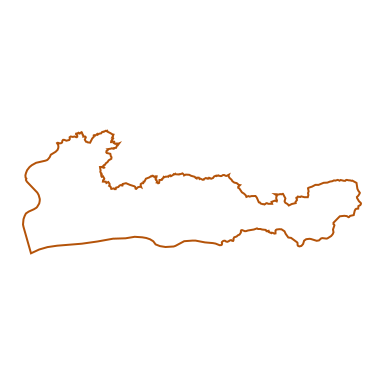 the district of Shannon Lea-7, Clare, Ireland
{"feature_id": "5873133B70608760855162", "entity_name": "Shannon Lea-7", "entity_type": "district", "adm_level": 2, "iso_a3": "IRL", "parent_name": "Ireland", "parent_adm1": "Clare", "projection": "natural_earth1", "projection_center": [-8.747, 52.732], "detail": "fine", "context": "isolated", "style": "outline", "palette": "amber", "viewbox_px": 384, "rotation_deg": 0, "n_neighbors": 0, "source": "geoboundaries", "source_scale": "gbopen_adm2", "svg_char_len": 6035}
<svg xmlns="http://www.w3.org/2000/svg" viewBox="0 0 384 384"><path d="M301.4,245.9L303.1,244.0L304.1,240.7L306.2,239.2L309.5,238.8L310.9,239.0L316.7,240.8L319.0,240.4L321.0,238.5L322.3,238.1L326.4,238.6L327.4,238.4L331.2,236.0L332.7,234.2L333.5,232.3L333.0,229.5L334.4,225.4L334.2,224.7L333.5,224.2L333.5,222.7L339.8,216.3L344.3,215.8L346.8,216.1L348.5,217.2L349.1,217.0L350.1,215.9L353.7,215.1L354.7,210.8L355.4,209.4L356.2,208.8L358.2,208.6L358.4,206.1L360.3,205.1L361.0,203.8L360.7,202.8L359.0,201.3L357.0,197.9L356.9,197.0L358.3,195.7L359.7,193.4L359.8,192.7L358.3,190.7L357.4,188.8L356.5,182.9L352.3,180.6L351.7,180.8L349.8,180.3L349.1,180.4L346.8,179.9L346.1,180.0L345.3,180.8L343.9,180.8L340.6,180.0L339.6,180.7L337.8,179.9L335.3,180.6L334.0,180.4L332.3,181.2L329.9,181.6L327.4,182.6L323.6,182.8L318.5,184.9L315.3,184.9L312.1,186.6L309.0,187.6L308.0,188.2L308.6,191.4L308.0,193.1L308.4,195.0L307.8,197.2L304.4,197.2L301.2,196.4L300.3,197.0L297.8,196.6L297.4,197.6L296.5,197.6L296.3,197.9L297.0,200.0L295.5,202.0L295.7,203.1L291.8,204.0L288.8,205.5L287.6,204.1L285.4,202.8L284.7,201.7L284.6,201.1L285.4,198.4L283.0,193.9L282.4,193.9L281.4,194.3L280.2,194.1L278.2,194.6L277.0,194.3L274.9,194.2L276.1,195.0L276.8,196.0L276.4,196.6L276.2,198.3L277.0,200.6L276.7,201.4L275.0,200.6L271.5,201.9L272.1,203.8L268.2,203.8L267.0,203.2L266.3,203.2L265.2,204.1L264.3,204.5L263.9,204.1L262.5,204.1L260.6,203.5L259.8,202.4L258.8,202.3L256.8,197.6L255.5,196.0L251.4,196.1L249.7,196.6L248.3,196.1L246.4,196.9L245.8,195.4L244.1,193.7L241.9,192.3L239.4,188.5L238.2,187.8L238.2,186.8L240.0,185.1L238.7,184.8L236.7,183.1L234.3,182.6L232.4,181.2L231.5,179.7L229.5,177.9L228.7,176.5L228.5,175.7L228.9,174.7L226.6,175.9L225.7,175.8L224.1,175.0L222.9,175.1L221.5,176.0L220.9,176.1L219.2,175.8L218.5,175.4L217.8,175.8L217.0,175.5L216.3,176.1L215.7,175.8L214.1,176.5L213.0,178.0L211.3,178.7L210.4,178.5L210.2,178.2L209.1,177.8L208.8,178.4L208.1,178.3L208.0,178.7L207.4,178.7L205.9,178.0L203.9,179.1L203.8,179.6L202.8,179.8L200.0,178.5L199.5,178.9L198.8,177.7L197.0,177.7L196.7,178.5L195.6,177.9L194.7,176.8L191.1,175.8L189.2,174.8L185.8,174.6L184.1,175.4L183.9,174.7L182.5,173.4L180.5,174.1L179.3,174.1L179.0,174.5L175.2,174.2L175.1,173.9L174.4,174.4L173.8,174.1L173.0,175.0L170.9,176.2L170.2,175.4L169.8,175.7L169.3,175.6L168.4,176.6L168.1,176.3L166.8,176.7L165.5,176.7L164.2,177.3L163.7,176.9L162.6,178.8L162.1,178.9L161.8,179.9L159.5,180.0L159.1,182.9L158.1,183.3L157.4,182.6L156.7,182.5L157.0,181.5L156.5,180.1L156.0,180.0L155.5,178.9L155.6,178.3L156.3,177.8L156.6,176.3L155.3,176.3L154.2,176.9L153.0,175.8L152.3,175.7L151.7,176.4L151.0,176.2L149.3,177.4L145.9,178.7L144.4,181.7L143.5,181.7L143.2,183.2L141.7,183.3L140.7,184.1L140.7,185.6L141.2,187.1L140.7,186.8L139.7,186.8L138.0,187.2L136.2,188.9L135.6,188.7L135.2,186.9L134.4,186.3L130.0,184.9L126.0,183.2L122.7,184.0L122.5,185.5L122.1,185.6L121.0,185.0L119.5,185.6L118.4,187.0L116.1,187.6L115.7,189.1L114.6,189.1L114.4,188.6L113.8,188.4L111.3,188.9L110.6,186.8L109.7,186.2L109.7,185.8L109.2,185.7L109.6,184.8L109.5,183.7L108.3,182.0L106.4,183.0L105.8,181.7L102.9,181.6L103.1,180.2L104.1,179.3L104.3,178.6L103.0,176.3L101.8,176.8L101.4,176.2L101.3,175.6L101.6,175.4L101.2,174.4L101.7,174.2L101.4,173.3L100.7,172.7L100.3,171.8L100.6,170.7L100.0,167.0L101.3,166.9L103.8,167.8L104.2,167.6L103.1,166.1L104.0,165.1L105.1,164.7L105.7,163.4L107.5,162.1L108.7,160.3L111.3,158.8L111.5,157.2L110.8,156.1L110.3,153.8L106.8,153.0L106.3,152.4L106.5,151.0L107.6,150.4L108.0,149.6L107.6,149.2L110.7,148.7L111.8,148.3L113.1,148.7L113.4,148.2L113.9,148.1L114.1,148.3L114.3,148.0L116.1,147.8L116.8,145.9L117.2,145.5L117.6,145.5L119.2,143.3L117.4,144.0L116.8,143.9L116.7,143.5L115.3,143.9L113.9,143.1L114.4,142.2L114.2,141.7L112.8,141.6L111.8,142.1L111.1,142.1L111.2,141.2L112.0,141.0L111.7,140.6L112.4,139.6L112.1,139.2L112.7,139.0L113.2,138.3L112.2,137.3L112.9,136.6L113.1,135.9L112.9,135.6L113.4,134.6L112.5,134.4L110.2,133.0L107.9,131.9L107.1,130.7L106.4,131.2L105.6,130.8L103.8,131.8L103.6,131.6L102.0,132.1L101.2,133.3L99.1,133.7L97.6,134.7L97.2,134.0L95.2,135.6L94.2,135.1L93.7,135.4L93.8,136.8L92.2,138.5L90.1,142.7L87.4,142.3L86.9,141.8L86.0,141.7L84.8,139.7L85.8,137.3L85.3,136.6L83.3,136.6L83.5,135.9L82.7,134.9L82.8,134.5L82.2,133.8L82.1,133.0L81.6,132.2L80.6,132.7L79.7,133.6L79.1,133.5L78.9,132.9L78.5,132.7L77.7,133.3L76.1,133.6L76.0,134.1L76.8,134.8L77.2,135.5L77.3,136.7L76.8,137.2L76.2,137.2L74.7,136.5L72.8,136.9L70.7,136.5L69.6,137.3L69.8,139.0L69.2,140.0L66.4,140.7L64.4,139.9L63.2,139.8L62.8,140.1L62.3,141.0L62.1,142.5L61.0,143.2L59.5,143.4L58.5,142.9L57.4,142.8L57.0,143.1L58.1,144.8L58.4,146.5L58.3,147.9L57.6,149.8L55.6,151.8L50.8,154.7L49.7,157.2L47.9,159.4L47.0,160.1L45.3,160.7L36.1,162.8L31.8,165.2L29.5,167.1L27.1,170.2L26.0,173.0L25.4,175.3L25.6,177.7L26.4,178.5L25.9,179.9L26.8,181.6L37.3,192.6L38.7,195.1L39.8,199.1L39.7,201.0L39.2,203.5L37.1,207.0L36.3,207.8L33.8,209.3L28.7,211.6L25.9,213.5L24.6,216.1L23.5,219.2L23.0,224.5L23.5,226.9L31.0,253.3L39.2,249.5L47.5,247.1L57.1,245.7L81.8,243.7L97.4,241.5L113.0,238.7L125.5,238.3L134.7,236.8L142.2,237.3L146.3,238.0L150.1,239.3L153.3,241.3L155.6,244.4L159.9,246.1L165.5,247.0L173.6,246.5L175.4,245.9L184.2,241.2L192.4,240.6L195.5,240.6L205.0,242.4L213.0,243.1L215.6,243.6L219.6,245.2L221.2,245.1L221.8,244.7L222.1,243.8L221.8,242.7L222.0,242.0L223.0,241.1L224.1,240.7L225.1,240.8L226.0,241.5L227.3,241.8L228.6,241.3L229.7,240.5L231.1,240.1L232.3,240.9L233.2,240.9L233.6,239.8L233.4,238.9L234.2,237.3L236.6,236.5L237.9,235.3L239.5,234.6L240.9,232.5L240.9,230.9L241.3,230.2L242.1,230.1L244.9,231.2L246.1,231.1L247.9,230.5L253.9,229.5L257.0,228.4L258.0,229.0L260.5,229.0L262.0,229.5L265.7,229.9L266.5,231.2L269.5,230.6L269.1,230.8L268.7,232.0L271.3,233.1L271.5,232.7L272.9,232.9L274.4,233.6L275.5,233.4L275.5,230.6L276.0,229.9L276.7,229.5L279.2,229.2L281.5,229.3L284.5,231.3L285.7,233.9L288.3,237.5L291.1,237.9L297.2,242.4L297.5,242.9L297.6,245.1L298.2,246.0L299.5,246.4L301.4,245.9Z" fill="none" stroke="#b45309" stroke-width="2"/></svg>